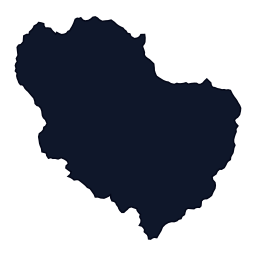 the district of Alfredo Wagner, Santa Catarina, Brazil
{"feature_id": "56859067B29143197602699", "entity_name": "Alfredo Wagner", "entity_type": "district", "adm_level": 2, "iso_a3": "BRA", "parent_name": "Brazil", "parent_adm1": "Santa Catarina", "projection": "albers", "projection_center": [-49.333, -27.717], "detail": "fine", "context": "isolated", "style": "filled", "palette": "ink", "viewbox_px": 256, "rotation_deg": 0, "n_neighbors": 0, "source": "geoboundaries", "source_scale": "gbopen_adm2", "svg_char_len": 3516}
<svg xmlns="http://www.w3.org/2000/svg" viewBox="0 0 256 256"><path d="M140.9,34.6L139.7,36.7L137.5,38.1L134.4,38.7L130.9,36.6L129.8,33.9L127.3,33.4L125.9,31.0L124.2,29.8L123.0,28.2L120.6,27.1L118.4,25.9L116.5,24.5L114.3,22.4L111.1,20.1L108.1,20.8L105.3,21.0L102.2,21.4L99.2,19.8L97.5,18.1L95.3,16.9L92.9,17.3L90.9,19.1L88.5,20.5L85.1,21.0L82.7,20.1L80.8,17.8L79.0,18.6L77.2,18.3L75.3,19.3L73.8,23.4L72.3,26.5L71.0,28.6L69.8,30.7L68.0,31.4L66.5,33.4L64.2,34.3L61.5,34.7L59.0,33.7L56.7,32.4L55.6,34.2L53.9,32.4L52.2,30.8L50.5,28.4L47.8,28.0L45.2,28.1L43.9,25.9L43.7,23.7L41.3,23.0L38.7,22.5L37.1,24.4L34.2,26.0L33.3,28.1L31.9,29.9L29.6,31.9L29.2,34.4L26.6,34.5L23.8,35.9L23.6,38.6L23.4,41.8L21.1,44.5L18.6,45.2L17.2,47.3L17.5,50.0L17.8,52.6L18.1,55.3L16.4,58.5L17.4,61.8L16.0,63.5L15.4,65.6L16.2,68.4L15.4,71.0L17.2,73.0L16.8,75.9L17.3,78.2L18.2,80.3L19.0,82.6L20.5,84.6L22.5,84.7L23.9,86.1L25.1,88.3L26.8,90.1L28.2,91.3L29.7,93.1L31.7,95.5L33.9,98.0L34.9,101.1L35.2,103.6L37.0,105.4L38.8,105.9L40.9,108.1L41.9,110.9L42.2,113.4L42.5,115.6L43.5,117.7L45.5,119.6L47.2,123.4L45.7,126.2L43.9,127.3L43.4,130.1L41.6,132.1L39.4,133.7L38.7,136.8L39.3,140.5L39.7,143.4L40.4,145.6L41.6,148.5L42.0,151.8L44.6,152.4L46.4,153.1L46.8,155.5L48.5,158.2L50.8,157.5L52.8,158.3L55.2,158.2L58.1,158.9L61.2,157.6L64.3,158.9L65.9,159.9L67.7,161.4L68.4,163.9L66.2,165.9L65.9,168.0L68.5,170.0L71.1,171.8L70.4,174.4L68.1,176.4L70.3,177.2L72.5,178.5L74.1,179.9L76.5,179.5L78.4,179.6L80.6,181.2L83.5,183.5L85.6,185.3L87.4,187.3L90.1,188.5L92.3,191.5L94.3,194.4L95.3,197.0L98.0,196.9L100.7,197.8L104.0,198.1L106.0,197.3L108.3,196.2L110.5,194.7L110.8,198.0L112.0,200.8L114.1,201.3L115.7,202.4L116.7,204.7L118.3,206.7L119.0,208.7L120.0,210.4L121.8,212.3L123.8,212.3L125.5,210.7L127.3,209.2L128.6,207.7L131.3,206.7L134.1,207.7L136.8,208.6L137.3,210.5L138.7,212.5L140.5,214.3L139.8,216.9L141.2,219.7L141.0,222.6L139.4,225.4L141.9,226.0L143.6,227.7L144.7,229.7L144.3,231.8L146.0,233.3L147.5,234.6L148.3,236.6L148.6,238.9L150.6,239.1L152.3,237.9L154.1,237.2L156.8,237.6L158.0,235.4L159.4,233.1L160.9,230.6L162.4,226.9L165.1,224.2L168.2,222.4L171.4,221.5L174.3,221.6L176.9,220.7L178.5,219.2L181.0,218.6L182.0,216.2L184.4,214.6L185.0,211.9L185.9,209.4L188.0,208.2L191.4,208.5L194.0,208.7L195.5,207.6L197.4,207.2L199.6,207.3L200.9,205.9L201.1,203.7L201.3,201.1L203.0,199.3L204.9,198.7L206.9,198.6L209.2,197.2L211.5,195.4L213.0,191.8L214.9,188.4L215.3,185.3L214.9,182.5L212.6,179.9L212.0,176.7L214.1,175.2L215.9,174.0L217.3,171.1L219.4,169.1L221.6,169.2L224.2,167.6L225.7,165.0L226.8,162.6L228.0,161.1L230.3,159.6L230.6,156.9L231.7,154.8L232.9,152.8L233.3,150.8L233.8,147.9L234.9,145.2L233.6,142.4L233.5,139.7L234.2,136.8L235.2,133.8L236.1,131.8L235.8,128.8L237.9,125.9L235.4,123.0L234.3,120.1L235.7,118.4L237.6,117.1L239.5,114.6L240.3,111.1L240.6,108.1L239.5,105.4L238.0,103.0L236.7,100.6L235.5,98.9L233.9,96.8L232.1,94.0L230.4,90.5L228.2,89.9L226.2,90.2L224.1,89.7L222.0,89.9L219.7,89.2L217.5,88.8L214.8,87.7L212.5,87.3L211.2,85.4L210.7,82.8L208.7,80.9L206.8,79.0L204.6,81.1L202.8,83.2L200.6,84.4L198.6,84.6L196.6,83.4L194.6,83.3L191.2,83.6L188.3,84.2L186.0,82.8L183.6,83.5L180.6,83.9L178.6,83.9L176.9,83.4L174.3,84.5L170.8,83.7L168.2,82.1L166.1,81.8L163.2,80.6L161.1,79.3L159.0,78.0L156.4,76.2L155.1,73.2L154.2,70.4L154.1,67.7L153.7,63.9L151.0,61.3L149.3,59.7L147.4,58.5L145.2,56.7L144.2,54.7L144.4,52.5L143.7,50.0L142.9,47.9L142.4,45.9L144.1,43.7L144.8,41.9L145.0,37.8L144.6,34.5L140.9,34.6Z" fill="#0f172a" stroke="#020617" stroke-width="1.5"/></svg>